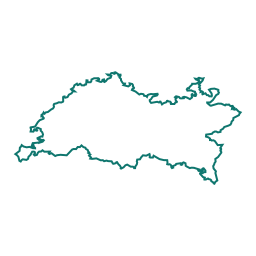 SVG path tracing the border of Tatarstan
{"feature_id": "RUS-2394", "entity_name": "Tatarstan", "entity_type": "Republic", "adm_level": 1, "iso_a3": "RUS", "parent_name": "Russia", "parent_adm1": "", "projection": "robinson", "projection_center": [50.981, 55.323], "detail": "fine", "context": "isolated", "style": "outline", "palette": "teal", "viewbox_px": 256, "rotation_deg": 0, "n_neighbors": 0, "source": "natural_earth", "source_scale": "10m", "svg_char_len": 5748}
<svg xmlns="http://www.w3.org/2000/svg" viewBox="0 0 256 256"><path d="M221.3,103.7L224.9,105.3L225.4,105.3L226.0,104.5L228.2,104.8L228.9,104.5L230.5,106.1L232.6,105.9L233.0,106.5L232.3,107.1L232.0,108.7L233.8,107.8L234.4,107.9L234.5,108.9L234.0,109.5L234.8,109.7L236.2,109.1L238.7,111.6L240.6,112.4L239.4,113.9L238.9,115.2L233.4,118.0L233.2,120.0L231.6,121.6L231.3,123.1L230.5,124.6L228.5,125.6L224.3,127.0L223.1,128.7L220.6,130.2L220.5,131.9L217.9,132.4L216.4,131.6L214.9,131.5L212.8,132.6L212.0,133.8L206.2,134.6L206.0,136.6L208.3,137.3L210.0,138.5L210.0,140.0L211.1,139.9L211.6,140.5L213.5,140.3L214.9,141.1L217.7,145.1L222.4,144.8L220.3,148.0L221.1,148.7L221.1,149.7L220.6,149.8L220.4,150.7L221.3,152.0L221.3,152.6L218.1,157.0L215.3,159.0L215.6,161.6L214.5,163.1L214.1,164.6L213.2,166.1L213.6,168.5L215.9,171.3L215.4,173.0L217.3,180.5L215.4,181.8L214.4,183.7L213.7,183.4L213.1,182.3L211.3,181.2L211.1,180.1L210.4,179.5L208.7,179.1L208.0,178.5L205.9,179.5L204.4,179.5L204.3,179.0L204.8,177.6L203.1,177.1L200.1,173.9L200.0,173.3L200.7,172.9L202.7,173.2L203.4,172.3L205.4,172.1L205.4,170.5L203.6,168.3L202.8,168.5L202.0,169.3L202.8,170.3L202.3,171.0L198.6,170.9L198.3,170.4L199.5,170.3L199.7,169.6L193.9,167.8L191.4,167.7L189.8,168.1L186.9,166.6L185.7,165.8L185.5,163.3L183.6,162.4L182.7,162.8L182.3,164.5L181.4,164.9L180.9,164.7L181.3,163.6L180.8,163.2L176.2,163.9L175.6,165.0L172.6,166.2L173.2,167.6L172.0,168.1L171.4,167.4L171.1,165.4L170.5,164.7L169.6,164.2L168.4,164.5L167.2,164.2L167.5,162.6L167.2,160.2L163.8,160.1L159.5,159.1L153.6,155.7L152.9,157.5L150.2,157.5L149.7,157.3L149.8,155.1L149.5,154.1L146.2,155.7L143.0,155.3L141.1,157.4L140.0,159.3L137.2,159.6L136.8,161.4L137.2,162.4L136.8,164.4L135.3,166.5L135.1,168.1L134.1,168.1L133.7,167.1L133.0,166.7L130.8,166.7L127.2,164.6L125.4,165.3L123.6,167.3L121.1,168.6L120.7,168.4L120.9,167.4L119.9,165.6L118.5,164.4L117.0,162.1L116.3,162.3L115.7,163.2L113.5,163.8L112.9,163.6L111.6,161.3L108.0,161.1L106.6,160.6L104.1,161.2L102.9,160.2L100.7,160.3L96.4,158.4L92.1,158.9L90.3,158.6L91.0,157.4L89.1,155.7L90.3,154.5L88.3,153.0L89.1,152.4L88.2,151.4L87.7,150.0L85.9,148.9L85.4,147.7L83.4,147.1L81.5,145.4L79.9,147.1L77.7,147.0L76.1,149.1L73.7,149.0L72.2,149.5L66.7,155.3L60.6,154.8L57.1,155.2L55.2,156.0L51.5,153.2L49.4,154.0L48.7,153.4L49.8,151.6L44.3,151.7L42.5,150.3L41.1,151.5L39.1,151.6L37.9,152.7L36.9,154.9L34.7,155.5L33.8,154.6L35.0,153.2L34.8,152.1L33.9,151.6L32.2,151.7L30.4,155.0L28.5,156.8L28.1,158.8L26.5,159.9L22.8,159.3L21.7,160.0L20.7,161.5L19.4,160.8L18.4,156.8L17.1,155.3L15.4,154.1L19.6,150.9L19.9,147.6L21.0,146.6L21.7,145.1L23.5,146.5L26.6,147.3L29.5,146.9L31.9,147.8L31.5,146.5L32.2,144.6L33.6,148.1L35.1,148.3L35.1,147.9L33.9,146.8L33.1,143.6L33.2,143.1L38.2,142.6L40.0,141.9L41.1,139.8L40.0,139.7L39.8,138.8L39.2,138.7L38.7,138.9L38.5,139.5L37.6,138.8L37.5,138.1L41.1,136.4L42.4,136.6L43.0,134.4L42.2,132.2L40.7,130.7L40.8,129.1L37.9,127.8L37.1,127.8L36.2,129.0L37.2,130.3L36.9,130.7L36.1,130.6L34.5,129.3L34.1,129.5L34.0,130.7L33.4,131.6L30.6,131.5L31.1,129.2L30.5,127.8L30.6,127.4L35.1,126.6L37.8,122.2L39.7,120.2L43.5,118.7L43.8,118.1L42.9,117.1L42.7,116.3L41.4,116.4L41.5,114.9L42.8,114.0L43.5,112.7L43.9,113.6L44.5,113.8L45.4,112.5L47.9,112.0L51.1,109.5L53.1,108.4L54.0,106.8L53.6,105.1L54.2,103.9L56.7,103.3L58.8,102.3L61.2,102.5L62.9,101.8L63.2,101.3L63.1,97.1L63.4,96.7L64.5,96.5L64.6,97.3L65.2,97.7L67.5,97.1L68.9,94.7L71.6,93.3L72.9,91.3L74.7,91.4L73.4,90.3L71.8,90.1L71.0,89.2L73.6,87.6L74.4,85.3L76.9,83.7L77.6,85.1L78.7,84.9L79.5,83.9L80.4,83.8L81.6,85.3L84.1,85.4L84.7,84.6L85.8,84.7L86.1,84.4L86.5,80.3L87.5,80.4L87.5,81.8L88.0,82.3L90.6,82.2L91.3,81.2L91.5,79.5L94.0,78.3L98.4,78.2L99.1,78.8L99.1,79.5L97.1,80.7L100.4,81.9L101.4,81.9L102.1,81.2L102.5,79.8L104.0,79.4L104.2,80.2L103.4,81.3L104.5,82.0L105.9,81.1L107.5,79.0L110.7,77.7L111.3,75.9L108.1,75.2L107.4,74.5L110.2,74.7L111.3,73.1L112.8,73.0L113.5,73.6L114.6,73.8L115.3,73.2L114.9,72.4L115.5,72.3L118.0,74.0L118.5,75.7L119.1,75.8L119.7,74.7L120.5,74.7L120.6,75.5L119.5,77.5L121.0,79.0L121.0,80.3L122.5,82.7L123.2,83.5L125.0,83.6L124.8,84.3L123.7,85.2L128.3,86.4L129.9,85.3L129.6,83.4L132.2,84.0L133.0,85.2L132.8,86.1L134.0,87.8L133.8,88.4L132.5,88.7L131.9,90.0L135.5,91.5L139.3,94.5L140.9,93.8L143.1,94.1L143.6,94.4L144.1,95.8L146.1,96.0L147.0,96.9L147.7,95.0L148.9,94.5L150.9,94.0L153.1,94.2L157.5,93.8L157.7,94.5L156.9,95.5L153.0,96.5L152.4,97.0L151.1,99.1L149.7,100.1L149.9,101.4L151.1,102.9L157.2,101.8L159.0,102.5L159.8,101.6L160.5,101.6L162.0,104.4L163.5,103.2L166.4,102.2L167.0,100.9L167.6,100.8L168.5,101.4L170.3,101.7L171.0,102.7L170.7,103.5L170.9,104.0L174.4,104.0L175.4,102.4L176.7,102.2L176.9,101.8L175.7,100.2L175.5,99.0L175.7,98.5L176.7,97.9L176.8,97.2L175.6,97.7L175.0,97.2L176.1,96.3L179.0,97.0L180.0,98.2L181.0,98.4L183.9,98.2L184.0,97.9L183.3,97.1L184.1,96.8L186.6,97.4L189.9,99.1L192.0,97.5L191.6,94.8L191.8,94.3L192.4,94.1L192.7,94.9L194.1,95.9L195.6,96.0L196.1,94.9L195.0,94.4L195.8,93.4L194.8,92.4L194.9,91.7L192.6,91.1L191.4,90.4L187.4,90.6L186.8,89.3L187.6,88.2L189.1,88.2L189.4,87.2L192.2,84.4L192.2,83.8L195.7,83.8L197.8,82.9L199.3,81.3L199.0,80.7L195.8,79.4L195.3,78.7L198.3,79.2L198.9,78.9L198.6,77.9L199.0,77.8L202.2,78.7L203.4,78.4L202.6,80.5L198.9,84.7L200.0,85.7L199.0,87.2L200.1,88.2L199.5,89.6L200.9,90.9L200.6,92.0L202.3,91.5L202.9,92.0L203.0,92.7L202.3,93.9L202.5,94.3L205.5,93.3L206.8,95.1L208.3,95.2L209.3,96.3L211.6,96.4L211.9,95.6L211.6,93.5L209.0,89.7L211.0,88.9L214.4,88.6L218.0,89.7L218.4,90.0L218.2,91.6L218.9,92.5L218.3,93.9L216.2,95.1L213.0,99.9L210.2,102.4L207.2,102.5L207.3,103.1L210.3,105.6L211.0,105.7L218.1,103.6L221.3,103.7ZM41.0,142.2L42.6,141.7L43.8,140.3L43.3,139.9L42.9,140.1L41.0,142.2Z" fill="none" stroke="#0f766e" stroke-width="2"/></svg>